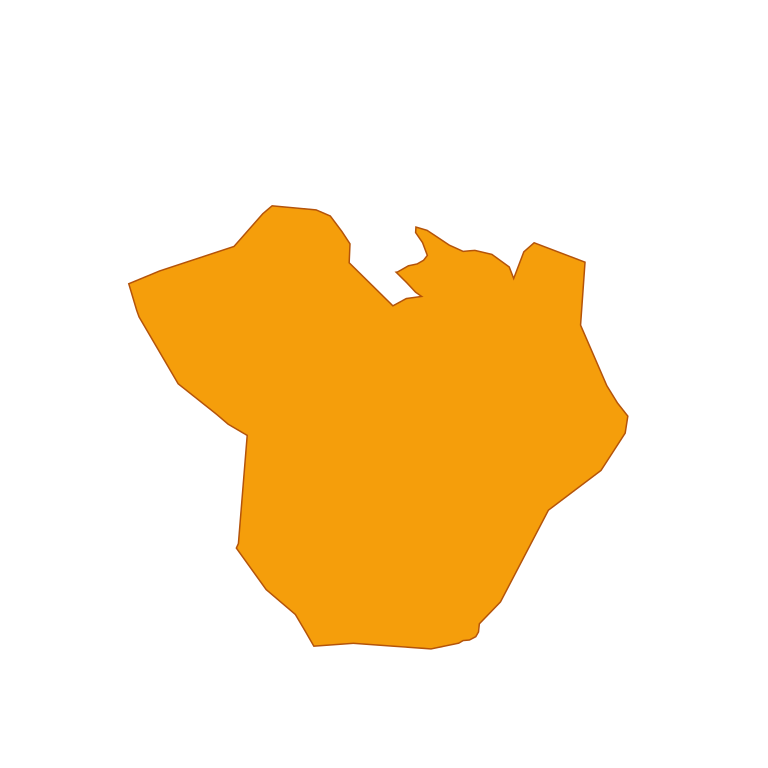 outline of Mbo, Akwa Ibom, Nigeria, rotated 47°
{"feature_id": "59680162B50421987640425", "entity_name": "Mbo", "entity_type": "district", "adm_level": 2, "iso_a3": "NGA", "parent_name": "Nigeria", "parent_adm1": "Akwa Ibom", "projection": "mercator", "projection_center": [8.239, 4.651], "detail": "fine", "context": "isolated", "style": "filled", "palette": "amber", "viewbox_px": 768, "rotation_deg": 47, "n_neighbors": 0, "source": "geoboundaries", "source_scale": "gbopen_adm2", "svg_char_len": 962}
<svg xmlns="http://www.w3.org/2000/svg" viewBox="0 0 768 768"><g transform="rotate(47 384 384)"><path d="M291.0,253.6L294.8,257.6L306.9,259.4L319.5,264.6L320.5,270.7L318.8,277.9L314.2,285.5L311.3,297.7L310.5,298.9L325.4,298.3L338.4,298.3L345.6,296.8L336.7,309.4L332.9,324.2L271.6,326.8L258.3,313.3L243.8,310.8L224.5,308.7L210.4,314.9L177.4,344.3L177.3,345.6L176.8,356.4L181.1,399.9L148.3,471.0L136.6,502.3L161.4,514.6L167.9,517.4L243.5,534.4L292.1,527.1L307.2,525.4L328.3,519.1L401.4,599.3L403.3,603.9L454.0,610.4L492.1,606.0L511.6,610.3L527.9,614.1L552.7,583.3L609.8,530.3L624.5,506.1L625.6,501.1L629.5,496.1L631.4,489.2L629.8,484.0L624.4,477.8L622.8,447.4L588.4,349.8L595.2,284.2L584.4,241.1L573.8,227.6L557.1,226.2L537.2,222.2L475.0,200.1L432.0,153.9L383.1,177.9L382.7,191.6L395.3,217.2L383.8,212.6L362.8,216.7L348.3,226.4L345.7,229.6L341.0,235.7L332.3,239.3L327.1,241.5L301.0,247.7L291.0,253.6Z" fill="#f59e0b" stroke="#b45309" stroke-width="1.5"/></g></svg>